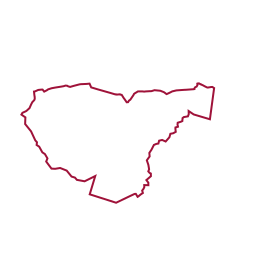 Ombúes de Lavalle, Colonia, Uruguay, rotated 339°
{"feature_id": "84410073B82922235042085", "entity_name": "Ombúes de Lavalle", "entity_type": "district", "adm_level": 2, "iso_a3": "URY", "parent_name": "Uruguay", "parent_adm1": "Colonia", "projection": "robinson", "projection_center": [-57.747, -33.963], "detail": "fine", "context": "isolated", "style": "outline", "palette": "rose", "viewbox_px": 256, "rotation_deg": 339, "n_neighbors": 0, "source": "geoboundaries", "source_scale": "gbopen_adm2", "svg_char_len": 3039}
<svg xmlns="http://www.w3.org/2000/svg" viewBox="0 0 256 256"><g transform="rotate(339 128 128)"><path d="M222.7,121.6L222.5,121.4L222.2,121.0L222.1,120.8L221.9,120.5L221.7,120.2L221.4,119.9L221.2,119.9L220.8,119.7L220.5,119.6L220.2,119.5L219.8,119.4L219.4,119.4L219.1,119.3L218.7,119.2L218.3,119.1L217.8,119.0L217.2,118.9L216.9,118.8L216.7,118.7L216.4,118.5L216.1,118.2L215.7,117.8L215.2,117.2L214.9,116.9L214.6,116.6L214.2,116.1L213.6,115.4L213.1,114.8L212.4,114.1L211.9,113.5L211.8,113.4L211.7,113.5L211.5,113.3L211.2,112.9L210.7,112.4L210.2,111.7L209.9,111.7L209.7,111.8L209.4,111.7L209.1,111.5L209.0,111.4L208.7,111.4L208.7,111.5L208.5,112.0L208.3,112.3L208.2,112.7L208.2,112.8L207.9,113.1L207.5,113.4L207.2,113.7L207.0,113.8L206.9,113.9L206.7,113.9L206.2,114.0L205.5,114.0L205.2,114.1L204.9,114.3L204.5,114.6L204.2,114.8L204.0,115.0L203.9,115.1L203.9,115.4L203.6,115.4L203.2,115.3L202.5,115.1L196.2,113.2L194.4,112.6L191.8,111.8L186.5,110.2L186.3,110.2L185.7,110.1L185.3,110.1L185.1,110.0L184.7,110.0L184.1,109.9L183.4,109.8L183.1,109.8L182.9,109.7L182.6,109.7L182.0,109.7L181.3,109.8L180.6,109.9L180.2,109.9L179.7,110.0L179.3,110.0L178.8,110.0L178.5,110.1L178.2,110.1L177.9,110.1L177.6,110.1L176.6,110.2L176.3,110.2L176.2,110.2L175.7,109.5L175.1,108.5L174.6,107.7L174.4,107.5L174.3,107.4L173.8,106.9L173.3,106.4L173.0,106.2L172.8,106.0L172.2,105.4L171.5,104.8L166.3,102.2L163.1,102.0L161.4,101.4L158.0,100.3L156.1,99.8L154.4,98.9L150.3,97.4L148.9,97.7L147.1,98.0L145.9,98.3L144.8,99.3L140.3,102.4L138.7,102.8L137.3,103.9L136.0,103.5L135.1,99.7L134.8,98.8L134.0,94.8L132.5,93.9L132.4,93.8L132.4,93.6L130.2,93.0L129.7,92.8L129.3,92.7L129.1,92.6L129.0,92.4L128.9,92.3L128.8,92.2L128.7,92.2L128.4,92.2L128.2,92.1L124.3,89.1L113.9,81.3L108.2,76.9L108.0,72.8L105.1,72.0L99.7,70.2L98.5,69.9L93.2,69.3L92.2,69.2L88.7,68.9L87.1,67.7L86.3,66.7L84.8,66.0L82.9,65.9L80.8,65.5L74.7,64.2L70.9,63.5L67.3,63.3L65.7,63.7L62.8,64.0L62.0,61.5L60.9,61.1L57.8,60.3L54.3,60.5L53.3,60.3L52.5,63.3L52.1,65.0L52.1,65.3L51.4,67.3L50.7,68.2L49.8,68.7L47.9,69.6L46.1,71.2L43.5,73.8L43.1,74.2L42.5,74.4L41.5,74.8L39.7,75.5L39.0,75.7L38.1,75.8L34.9,76.0L33.3,77.3L36.0,81.3L33.4,87.4L36.3,96.4L37.0,106.3L37.9,108.7L36.6,111.1L38.4,113.6L39.3,120.0L41.1,122.6L41.9,127.5L39.6,130.0L42.0,138.5L45.4,140.0L50.3,141.0L55.5,145.8L57.9,153.1L60.7,155.3L61.7,158.1L68.4,162.2L80.2,161.1L68.5,176.2L90.1,193.5L105.0,192.3L110.5,191.9L111.7,192.3L112.3,195.7L113.0,195.6L116.0,194.6L118.6,194.0L118.8,191.5L120.6,190.4L122.0,189.1L122.7,187.1L125.1,188.1L126.5,188.7L127.4,186.3L126.5,183.2L132.1,181.2L133.0,178.7L132.1,177.7L131.4,175.8L132.9,174.1L133.8,169.7L134.0,164.9L138.0,162.3L139.0,158.9L142.1,156.7L146.1,153.1L148.7,153.0L150.8,153.4L152.5,151.0L155.6,151.4L158.3,154.1L163.3,151.5L165.5,148.6L168.3,149.1L171.2,148.7L172.0,145.6L172.5,144.5L175.1,144.7L175.5,142.4L176.3,140.9L179.6,141.1L181.2,141.0L182.5,138.3L184.0,137.8L188.1,138.6L189.7,136.8L190.7,133.9L194.2,138.9L207.6,149.2L222.7,121.6Z" fill="none" stroke="#9f1239" stroke-width="2"/></g></svg>